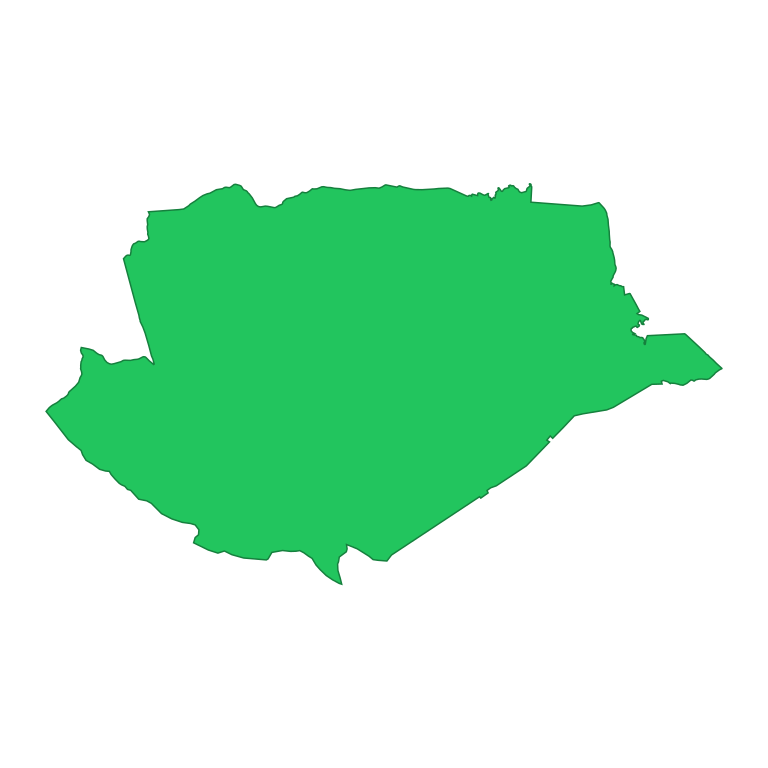 the district of Solca, Suceava, Romania
{"feature_id": "2599482B53673955523136", "entity_name": "Solca", "entity_type": "district", "adm_level": 2, "iso_a3": "ROU", "parent_name": "Romania", "parent_adm1": "Suceava", "projection": "albers", "projection_center": [25.836, 47.708], "detail": "fine", "context": "isolated", "style": "filled", "palette": "green", "viewbox_px": 768, "rotation_deg": 0, "n_neighbors": 0, "source": "geoboundaries", "source_scale": "gbopen_adm2", "svg_char_len": 6077}
<svg xmlns="http://www.w3.org/2000/svg" viewBox="0 0 768 768"><path d="M243.7,558.0L266.3,559.9L268.0,559.0L271.9,552.4L282.5,550.5L290.6,551.4L296.0,551.2L299.8,550.6L303.9,552.8L308.4,556.1L312.1,558.4L316.1,565.1L320.3,569.8L326.2,575.5L332.7,579.9L339.2,583.4L341.7,584.2L340.2,578.2L337.9,570.4L337.6,564.0L338.5,561.8L339.3,557.0L346.3,551.8L347.1,548.9L346.5,544.5L357.2,548.8L369.0,556.2L373.1,559.6L378.1,560.3L386.9,561.0L391.5,555.0L479.6,496.7L480.8,498.1L488.1,492.9L487.0,490.5L490.7,487.8L496.3,485.8L526.3,465.9L549.5,441.9L546.8,440.2L550.2,436.0L552.7,438.3L563.6,427.2L574.3,415.8L583.0,413.8L606.7,409.9L613.4,407.3L651.8,384.3L662.1,384.0L661.3,381.3L663.3,380.4L667.9,381.8L670.3,383.6L670.8,383.1L674.9,383.4L678.6,384.3L680.3,384.9L683.1,385.2L686.9,383.3L690.8,380.1L691.9,380.1L692.9,380.3L693.4,380.9L694.4,381.0L695.6,379.9L698.8,379.1L701.5,379.0L706.8,379.4L708.4,379.0L709.7,378.4L714.2,374.3L715.4,372.8L719.5,369.8L721.8,368.7L721.9,368.4L716.3,363.3L713.2,360.1L709.3,356.7L708.1,355.2L706.0,354.0L705.0,352.6L699.4,347.2L685.7,334.5L684.7,333.8L647.4,335.7L646.1,338.7L645.3,344.1L645.2,344.4L644.8,344.5L644.2,344.0L644.0,342.8L644.7,341.5L644.8,340.9L644.2,340.2L644.0,339.4L643.1,338.7L643.0,338.1L642.7,337.8L641.9,337.5L639.6,337.5L639.0,336.9L636.6,336.3L636.4,335.5L636.0,335.1L634.6,335.0L632.7,334.5L632.8,334.2L633.7,334.2L634.8,333.6L632.5,332.4L631.2,330.9L631.1,330.4L631.1,329.3L631.4,328.5L632.4,328.0L632.7,327.4L635.5,326.2L636.4,326.2L636.9,327.2L637.3,327.4L639.0,326.3L639.3,325.7L639.4,325.0L638.2,324.4L638.0,323.7L638.6,321.7L639.8,320.4L640.3,320.5L640.5,320.9L641.6,323.9L642.9,324.5L643.9,324.4L643.8,324.0L643.0,322.8L643.1,322.0L643.4,321.6L644.4,320.8L645.2,319.6L645.6,319.4L646.5,319.3L647.0,319.7L648.0,319.8L648.3,319.5L648.3,318.4L641.8,315.1L638.4,314.6L637.0,313.6L639.9,311.4L638.5,309.1L636.2,304.7L630.1,293.7L629.5,293.5L624.6,294.9L623.6,286.7L622.0,286.6L620.9,285.8L619.2,285.6L617.2,284.6L615.6,284.8L614.2,285.8L614.3,284.3L614.0,284.1L613.1,283.9L612.3,283.3L611.8,283.3L611.4,283.6L611.3,284.1L611.0,284.1L611.0,283.4L611.2,283.1L611.2,282.7L610.7,281.4L613.1,277.1L613.1,275.9L615.4,271.5L615.8,270.2L616.1,268.3L615.9,267.0L614.9,264.4L614.6,260.2L614.1,257.4L612.8,252.5L612.7,251.6L611.8,249.5L610.2,247.0L610.0,245.8L610.1,242.0L609.7,239.8L609.3,234.4L609.2,231.3L608.4,225.0L608.0,219.3L606.9,215.2L606.7,213.2L605.4,210.3L604.6,209.0L603.7,207.8L599.1,202.8L598.4,202.7L591.2,204.9L582.2,206.1L530.9,202.2L531.7,187.5L531.6,186.5L531.0,185.6L531.0,184.4L530.1,183.8L529.6,183.8L529.4,184.0L529.4,184.4L530.2,185.7L530.1,186.0L527.3,188.2L526.9,188.9L526.4,191.0L526.0,191.5L521.6,192.7L519.6,192.0L518.7,190.8L517.9,189.3L516.1,188.5L514.6,187.3L513.6,185.9L512.9,185.7L511.4,185.9L510.7,185.2L509.8,185.2L508.7,185.8L508.6,186.1L509.4,187.0L508.8,187.7L504.8,188.6L503.3,189.9L502.9,190.7L502.4,191.3L502.0,191.4L501.4,191.3L499.4,188.5L498.9,187.9L498.3,187.8L498.0,188.2L498.3,189.5L498.3,190.0L497.7,190.9L496.1,192.0L495.8,192.5L496.0,194.0L495.2,195.2L495.5,195.8L495.1,198.0L494.8,198.1L494.4,197.5L493.7,197.4L492.7,198.4L491.8,198.8L491.7,199.2L491.9,199.7L491.7,200.0L491.0,200.3L490.7,199.8L490.7,198.6L490.5,197.6L489.2,197.4L488.8,196.8L488.7,196.2L488.1,194.9L488.2,194.2L488.4,193.6L488.1,193.5L484.8,195.3L483.3,194.9L479.9,193.1L478.5,193.0L478.0,193.3L477.8,193.7L477.6,195.6L472.3,194.2L471.9,194.6L471.6,196.2L470.4,195.4L469.6,195.4L469.0,195.5L468.2,196.3L466.8,196.1L451.6,189.2L450.0,188.5L447.9,188.1L438.6,188.5L434.1,189.0L422.1,189.7L415.5,189.6L413.5,189.4L402.8,187.0L399.8,185.8L398.6,186.1L397.2,187.0L396.4,187.0L386.0,184.9L385.2,185.0L382.1,186.9L379.1,188.2L375.2,187.7L369.0,187.9L355.5,189.4L350.6,190.3L349.3,190.3L345.4,189.8L340.0,188.7L334.4,188.3L330.8,187.6L327.1,187.4L323.7,186.7L321.8,186.8L317.0,188.8L313.9,189.0L312.3,188.8L309.6,191.0L306.9,192.6L305.2,192.8L302.5,192.2L301.9,192.4L299.7,194.3L297.4,195.8L294.9,196.3L293.7,197.2L286.6,198.7L283.4,201.4L282.8,202.3L282.7,203.1L282.3,204.0L281.6,204.5L279.2,205.3L276.2,207.2L275.1,207.6L274.1,207.6L267.6,206.3L265.3,206.1L260.8,206.9L259.1,206.7L257.7,206.1L256.5,205.1L255.4,203.6L252.3,197.9L249.3,194.0L247.9,192.7L247.2,191.6L246.4,190.9L243.4,189.6L241.2,186.2L239.7,185.4L235.7,184.3L234.1,184.5L230.7,187.1L229.4,187.7L225.9,187.2L224.4,187.5L222.5,188.7L216.4,189.7L209.9,193.2L207.2,193.8L203.0,195.5L199.6,197.7L194.9,201.2L190.3,204.1L188.8,205.7L183.7,209.0L179.1,209.6L148.4,211.8L149.5,214.3L149.4,215.0L148.7,216.7L147.2,218.8L147.2,220.6L147.7,224.7L147.2,226.5L147.3,229.0L147.9,232.4L147.7,234.1L147.8,234.7L148.3,235.7L148.9,238.5L148.4,239.4L147.4,240.3L144.5,241.8L140.8,241.6L139.1,241.2L138.0,241.4L135.6,243.1L133.6,243.9L132.5,245.4L131.8,247.1L131.0,249.8L131.0,251.7L130.4,254.9L129.8,255.4L128.1,255.1L127.0,255.3L125.8,256.1L123.5,258.7L135.4,303.0L138.9,315.2L139.4,318.1L140.1,320.3L140.2,321.5L142.9,327.1L145.1,333.0L148.8,345.6L151.5,355.9L152.9,359.1L154.2,364.0L153.7,364.5L149.3,360.9L145.9,357.4L145.1,356.9L143.7,356.7L142.8,356.9L138.9,358.9L137.3,359.3L134.0,359.6L130.4,360.4L125.1,360.2L123.3,360.4L121.0,361.7L114.0,363.7L111.3,364.2L109.3,363.7L106.9,362.4L104.7,359.9L102.9,356.4L101.7,355.3L99.0,354.6L96.6,353.1L93.2,350.3L88.9,349.0L81.3,347.5L80.6,350.2L81.3,352.9L82.9,355.2L83.1,357.0L82.2,358.5L81.8,360.5L81.1,361.8L80.7,365.6L80.8,367.1L80.6,368.8L81.6,371.9L81.9,374.1L81.3,375.6L80.1,377.6L78.7,382.2L75.5,386.1L69.3,391.6L68.7,392.5L68.2,394.1L67.5,395.1L66.2,396.3L63.6,398.2L61.7,398.8L60.6,399.6L59.3,400.9L56.8,402.8L52.5,405.1L51.0,406.2L49.3,407.6L46.1,411.4L55.1,422.7L68.3,439.7L76.4,446.7L81.1,450.4L82.6,454.7L86.1,460.4L92.5,464.0L99.6,469.3L105.5,471.0L109.4,471.4L111.1,474.5L115.0,479.0L119.2,483.3L121.5,484.8L124.9,486.3L127.5,489.4L130.7,490.3L138.7,499.2L146.7,500.8L151.3,503.3L161.5,513.6L171.8,518.9L182.4,522.4L190.6,523.5L195.2,524.9L198.9,529.8L198.5,534.8L195.2,537.5L193.6,542.8L208.3,550.0L217.9,553.1L224.4,551.0L231.9,554.7L243.7,558.0Z" fill="#22c55e" stroke="#15803d" stroke-width="1.5"/></svg>